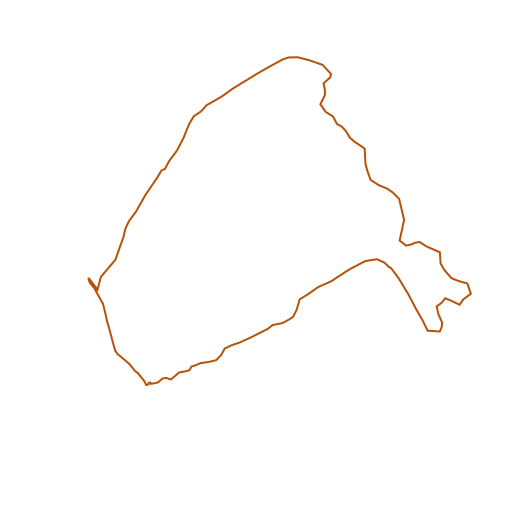 outline of Tuobo, River Gee, Liberia, rotated 330°
{"feature_id": "62588387B28588993408977", "entity_name": "Tuobo", "entity_type": "district", "adm_level": 2, "iso_a3": "LBR", "parent_name": "Liberia", "parent_adm1": "River Gee", "projection": "equal_earth", "projection_center": [-7.667, 5.015], "detail": "fine", "context": "isolated", "style": "outline", "palette": "amber", "viewbox_px": 512, "rotation_deg": 330, "n_neighbors": 0, "source": "geoboundaries", "source_scale": "gbopen_adm2", "svg_char_len": 2035}
<svg xmlns="http://www.w3.org/2000/svg" viewBox="0 0 512 512"><g transform="rotate(330 256 256)"><path d="M367.3,406.6L370.8,408.8L377.3,413.3L381.4,410.3L383.9,406.6L384.8,397.8L387.3,389.9L393.2,389.4L398.7,387.2L402.7,392.3L407.9,400.0L414.0,397.2L423.2,396.1L425.3,385.5L418.2,378.1L414.2,373.0L412.1,362.3L412.1,354.9L417.1,344.7L408.4,332.9L404.7,325.7L400.6,324.1L396.2,323.6L391.1,322.0L388.1,314.4L396.6,305.1L402.3,298.8L408.5,278.2L406.3,269.6L403.0,262.8L398.0,256.4L393.3,247.4L395.1,237.6L395.5,236.0L397.0,230.7L403.8,217.3L401.4,212.2L398.7,206.9L396.5,200.8L396.3,192.7L395.0,187.0L392.1,182.0L392.5,173.8L389.6,168.3L388.4,166.0L387.6,156.8L392.2,153.7L396.3,150.9L398.8,146.3L400.9,140.2L409.5,138.5L412.0,136.0L409.3,123.9L400.3,113.4L391.7,104.9L383.5,100.3L377.0,99.1L364.8,98.8L358.0,98.7L348.0,98.7L319.7,99.4L305.9,100.8L288.7,100.7L280.7,103.3L271.9,103.9L264.3,108.2L263.3,108.8L252.3,117.5L240.0,125.3L228.7,130.1L221.9,134.3L220.7,135.0L216.8,134.7L209.1,139.0L195.4,145.6L191.0,147.7L174.4,157.5L163.2,162.4L156.5,167.1L150.5,173.5L142.3,180.4L132.6,188.8L111.1,196.6L101.9,205.9L100.5,194.1L99.8,191.1L98.7,196.0L99.5,200.6L99.9,202.8L99.7,211.6L99.6,220.7L96.9,230.2L94.4,237.9L93.0,244.0L88.4,260.9L86.7,267.9L86.9,269.3L87.1,271.5L87.7,273.1L89.1,277.0L92.4,286.4L93.8,295.4L95.1,298.0L96.7,308.6L96.4,312.8L98.8,313.5L99.5,312.2L101.1,312.7L101.4,313.7L101.3,314.3L107.6,316.5L113.8,315.4L117.2,316.6L120.5,320.4L125.4,319.5L131.2,318.4L137.5,320.7L141.1,321.6L142.0,321.1L145.0,319.5L148.9,320.4L154.3,321.0L161.8,324.0L169.3,326.3L176.4,324.3L182.7,320.5L183.9,320.6L190.4,321.1L197.5,322.6L208.9,323.8L229.8,325.0L235.8,324.1L245.7,327.4L252.5,327.5L257.4,327.3L262.4,324.2L264.3,322.9L272.1,315.4L274.7,315.3L282.0,315.1L294.5,314.0L305.5,315.2L309.6,315.5L313.2,315.2L327.2,314.4L334.0,314.4L348.2,315.1L353.8,317.2L359.2,319.3L363.9,326.0L365.8,332.4L366.9,333.8L368.4,346.6L368.8,364.9L368.2,379.8L368.1,383.2L368.1,394.6L367.3,406.6Z" fill="none" stroke="#b45309" stroke-width="2"/></g></svg>